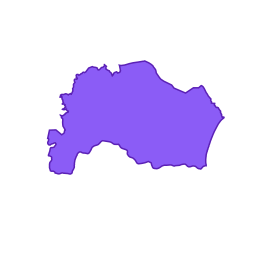 the district of Coahuayana, Michoacán, Mexico, rotated 240°
{"feature_id": "50627088B63268830739579", "entity_name": "Coahuayana", "entity_type": "district", "adm_level": 2, "iso_a3": "MEX", "parent_name": "Mexico", "parent_adm1": "Michoacán", "projection": "albers", "projection_center": [-103.604, 18.758], "detail": "fine", "context": "isolated", "style": "filled", "palette": "violet", "viewbox_px": 256, "rotation_deg": 240, "n_neighbors": 0, "source": "geoboundaries", "source_scale": "gbopen_adm2", "svg_char_len": 5807}
<svg xmlns="http://www.w3.org/2000/svg" viewBox="0 0 256 256"><g transform="rotate(240 128 128)"><path d="M154.4,50.7L153.0,51.0L152.6,51.4L152.2,52.1L152.4,53.1L152.4,53.8L152.0,55.1L151.8,57.2L151.5,57.6L150.9,57.7L150.2,57.6L149.8,57.4L149.3,56.6L149.0,55.7L148.8,55.2L148.5,54.8L148.4,54.2L148.8,52.8L149.2,52.1L149.5,51.2L149.4,50.9L148.8,50.1L148.2,49.7L147.2,48.8L145.1,46.5L144.4,45.6L144.1,45.4L143.7,45.3L143.0,46.2L141.5,47.2L141.1,47.3L140.5,47.1L140.0,46.7L138.6,46.1L137.7,44.5L137.4,43.5L137.1,43.0L136.0,42.0L132.9,40.2L131.9,39.9L130.4,39.7L129.9,39.4L129.5,39.6L129.1,39.8L128.8,40.2L128.1,41.5L127.7,41.9L126.9,42.4L126.1,42.6L125.7,42.6L125.4,42.4L124.4,43.5L123.2,44.6L122.7,45.5L122.5,46.1L122.2,48.1L122.0,48.6L121.7,49.0L121.3,49.3L118.6,53.2L117.6,54.2L117.0,55.0L116.8,56.5L117.3,57.3L118.5,58.3L119.5,60.1L120.8,61.8L121.4,62.2L122.5,62.7L123.1,63.3L124.2,63.9L126.9,66.1L129.4,69.2L129.8,70.1L130.7,70.9L131.4,72.6L131.5,74.0L131.2,74.6L130.5,75.4L129.7,75.8L128.8,76.6L127.7,78.3L125.8,80.4L125.9,81.1L125.8,81.6L126.0,82.2L126.3,82.7L127.5,84.9L128.4,86.1L129.2,87.3L129.4,89.9L128.7,92.9L128.6,94.1L129.2,96.4L129.5,97.1L129.7,97.9L129.8,99.2L129.6,99.8L125.4,105.0L124.3,106.1L123.6,106.5L121.4,107.5L120.6,108.2L119.4,110.1L119.0,110.9L118.8,111.5L118.4,111.7L117.9,111.7L117.7,111.9L117.3,111.9L115.2,111.9L114.0,112.3L113.2,112.8L110.5,115.2L109.6,115.8L108.7,116.1L107.2,115.5L106.8,114.9L105.7,114.4L103.6,114.5L101.8,115.2L99.9,117.0L98.9,117.5L96.9,118.1L95.9,118.2L93.8,118.2L92.9,118.3L91.9,119.0L91.3,120.2L90.4,122.4L89.4,125.5L89.1,127.2L88.9,128.8L86.4,130.6L85.2,130.4L84.4,130.0L83.1,129.9L82.1,129.7L81.4,129.7L80.5,129.9L80.1,130.4L79.7,130.7L78.3,132.7L77.9,134.5L77.9,136.1L78.1,138.2L77.9,139.6L77.6,140.8L76.4,142.9L75.3,145.3L74.5,146.8L74.0,147.3L72.5,148.4L71.9,149.1L71.7,150.2L69.9,154.0L69.7,155.7L69.1,157.7L68.1,159.5L66.5,160.1L65.1,160.4L63.9,161.3L63.3,162.6L62.7,165.3L61.9,166.3L61.1,167.2L58.4,168.2L57.3,169.0L57.0,169.5L56.2,170.3L56.1,171.0L56.7,172.6L57.1,174.1L56.9,174.9L56.7,176.1L56.3,176.8L56.6,176.9L56.8,177.2L58.7,177.8L59.9,178.4L60.7,178.9L61.3,179.2L62.7,180.1L63.0,180.4L63.5,180.6L63.7,180.9L64.2,181.2L64.7,181.7L64.9,181.7L65.7,182.3L67.5,184.0L68.2,184.9L68.8,185.3L69.3,185.9L69.3,186.1L69.6,186.4L70.5,187.2L71.8,188.9L72.6,189.5L73.1,190.3L73.7,190.7L74.0,191.3L75.2,192.5L77.2,195.0L77.9,195.8L78.2,196.3L79.6,198.0L81.8,201.0L84.8,205.7L86.4,208.3L87.9,211.7L88.4,213.3L88.8,216.0L89.1,216.4L89.3,216.5L89.5,216.4L90.2,215.6L90.1,215.0L90.6,214.9L91.6,215.3L92.3,215.3L93.0,215.9L93.9,215.7L94.3,215.9L95.0,215.8L95.4,216.1L95.7,216.1L96.1,216.5L96.5,216.6L97.0,216.4L98.9,216.2L100.3,216.3L100.6,216.1L100.9,215.8L101.1,215.8L101.5,214.9L102.4,214.5L103.3,214.7L103.8,214.3L104.4,214.2L104.8,214.6L105.3,214.6L105.9,215.1L106.0,215.3L106.2,215.1L106.3,214.7L107.9,212.7L108.8,213.3L109.2,213.4L109.3,213.5L109.8,213.3L110.4,213.3L111.4,214.0L111.6,214.3L115.6,213.5L117.8,213.6L119.5,213.4L123.5,213.7L124.8,213.7L126.3,213.6L127.9,212.9L128.1,212.5L127.5,209.3L130.1,204.7L129.5,195.3L139.5,187.8L143.4,187.3L150.6,182.4L154.1,180.7L156.4,180.4L161.6,180.0L163.1,180.6L164.6,181.0L166.1,180.9L167.9,180.6L169.6,180.6L171.7,179.8L174.0,178.6L177.7,176.0L177.9,175.0L178.3,174.3L180.0,169.8L181.9,165.1L183.1,161.2L184.2,156.6L185.6,153.2L186.7,151.9L186.1,151.8L181.3,150.1L181.2,149.6L180.7,149.4L180.5,149.0L180.4,148.0L180.5,147.8L180.8,146.5L182.3,146.3L182.4,146.2L182.4,145.8L182.7,144.7L182.6,143.1L182.2,142.7L182.0,142.4L182.1,142.0L181.9,141.7L181.5,141.8L181.1,140.5L184.0,140.9L184.4,140.9L186.0,140.2L186.9,140.4L188.5,139.1L189.2,138.9L189.8,138.7L190.0,138.4L190.6,138.6L191.7,139.3L192.1,139.7L192.2,140.1L193.2,139.8L193.9,139.2L194.3,139.2L195.2,139.7L194.7,139.2L193.7,138.9L193.6,138.7L193.2,136.8L193.3,136.1L193.6,135.5L193.6,135.1L192.9,132.8L192.8,132.0L193.2,131.2L194.4,131.1L195.2,131.4L195.6,131.0L196.4,130.6L198.1,128.4L198.7,128.1L199.0,127.8L199.6,123.9L197.7,119.5L197.7,118.1L198.5,117.5L198.6,117.3L198.7,116.9L198.7,116.3L198.2,115.3L198.5,114.4L198.2,113.2L198.3,111.8L199.4,111.5L199.8,110.7L199.9,110.4L199.9,110.0L199.5,109.5L199.3,109.3L198.5,109.2L197.9,108.6L197.7,108.5L196.8,109.0L196.4,109.0L196.1,108.8L195.9,108.4L195.9,107.9L196.6,107.2L196.8,106.7L196.8,106.0L196.5,105.6L195.9,105.2L195.0,104.9L194.2,104.9L193.9,104.8L193.5,103.4L192.9,102.5L191.2,101.6L190.5,101.1L190.3,100.8L189.9,99.9L189.6,99.6L188.7,99.4L188.2,99.1L187.7,98.6L187.4,98.5L186.7,97.3L186.3,96.9L186.1,96.5L186.0,96.1L185.6,95.8L186.1,95.3L186.5,95.3L186.4,94.5L186.7,94.3L186.7,93.0L186.6,92.8L187.0,92.6L188.0,92.0L188.8,91.2L188.9,90.3L189.1,90.0L189.2,89.1L189.5,88.4L190.1,87.7L190.3,86.9L190.2,86.2L189.6,86.2L189.5,85.3L188.7,84.6L188.3,85.3L188.9,86.3L188.1,86.4L187.7,86.3L187.0,85.7L186.2,85.6L185.6,85.3L185.3,85.6L184.9,85.4L184.3,85.3L183.3,84.8L182.5,84.9L181.7,83.1L181.4,83.2L180.9,84.2L180.5,84.8L179.4,85.1L179.2,84.4L177.5,84.6L177.1,84.4L177.2,83.4L177.0,83.0L176.9,82.3L176.5,82.3L176.7,81.5L176.9,81.4L177.1,81.0L177.0,80.6L176.5,80.9L175.8,81.7L175.2,84.1L174.5,83.7L173.6,84.0L172.5,84.7L172.3,84.5L171.9,84.4L171.7,84.1L171.6,83.7L172.0,83.3L172.0,82.7L171.8,82.2L172.0,81.7L172.0,81.3L171.6,80.5L171.6,80.2L171.3,80.1L171.4,79.2L171.2,78.3L171.2,78.0L171.6,77.0L172.2,76.3L172.8,75.9L172.5,75.8L171.4,76.6L171.5,76.4L171.0,76.3L171.0,76.1L170.3,75.5L170.0,75.5L169.0,76.1L167.9,75.7L166.5,74.9L166.0,74.4L165.1,74.0L164.2,73.5L163.0,73.0L162.3,72.7L161.8,72.6L160.3,72.7L159.7,72.6L159.3,72.8L158.5,72.5L157.9,72.7L157.6,72.6L157.4,71.8L157.0,71.3L156.2,70.9L155.5,69.8L155.3,67.2L162.4,64.6L165.4,58.9L159.2,53.3L159.1,53.5L158.7,53.8L157.8,53.6L157.5,53.3L156.3,52.4L156.0,51.6L155.7,51.3L154.4,50.7Z" fill="#8b5cf6" stroke="#5b21b6" stroke-width="1.5"/></g></svg>